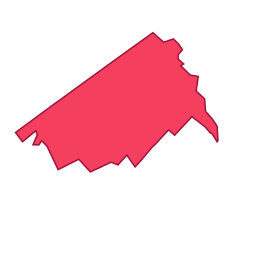 Franklin, Massachusetts, United States of America, rotated 322°
{"feature_id": "52423323B1749391597269", "entity_name": "Franklin", "entity_type": "district", "adm_level": 2, "iso_a3": "USA", "parent_name": "United States of America", "parent_adm1": "Massachusetts", "projection": "equal_earth", "projection_center": [-72.569, 42.522], "detail": "fine", "context": "isolated", "style": "filled", "palette": "rose", "viewbox_px": 256, "rotation_deg": 322, "n_neighbors": 0, "source": "geoboundaries", "source_scale": "gbopen_adm2", "svg_char_len": 789}
<svg xmlns="http://www.w3.org/2000/svg" viewBox="0 0 256 256"><g transform="rotate(322 128 128)"><path d="M47.3,117.8L70.0,122.3L71.3,139.4L93.7,144.6L97.3,150.9L110.4,148.7L109.6,163.0L117.7,161.7L136.6,157.7L137.9,157.9L146.4,156.5L158.9,154.5L160.3,162.4L185.3,158.4L189.5,174.8L189.8,182.5L190.8,184.1L189.7,193.7L191.0,193.4L199.3,181.6L200.0,173.0L199.4,162.6L206.3,152.3L204.5,140.8L215.1,130.6L209.6,124.6L207.9,111.4L211.3,111.8L210.0,104.4L212.8,101.1L219.0,99.9L219.6,93.0L218.6,85.8L208.9,82.3L206.3,68.2L205.6,68.2L196.4,67.8L176.7,67.0L167.7,66.7L166.0,66.6L152.7,66.1L113.8,64.7L89.7,63.9L85.6,63.7L68.7,63.2L57.8,62.9L36.6,62.3L36.4,73.9L53.6,73.4L52.3,77.6L42.8,82.7L47.3,86.4L52.1,84.9L53.0,92.3L47.3,117.8Z" fill="#f43f5e" stroke="#9f1239" stroke-width="1.5"/></g></svg>